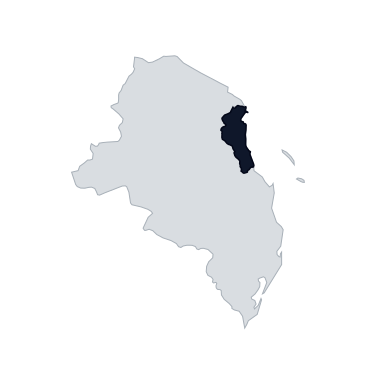 where Atlántida sits in Honduras, rotated 75°
{"feature_id": "HND-637", "entity_name": "Atlántida", "entity_type": "Department", "adm_level": 1, "iso_a3": "HND", "parent_name": "Honduras", "parent_adm1": "", "projection": "equal_earth", "projection_center": [-87.125, 15.681], "detail": "fine", "context": "in_parent", "style": "filled", "palette": "ink", "viewbox_px": 384, "rotation_deg": 75, "n_neighbors": 0, "source": "natural_earth", "source_scale": "10m", "svg_char_len": 4610}
<svg xmlns="http://www.w3.org/2000/svg" viewBox="0 0 384 384"><g transform="rotate(75 192 192)"><path d="M337.1,176.3L325.1,175.3L319.4,177.3L316.9,181.6L314.8,183.6L313.0,183.1L309.4,184.9L304.0,188.7L299.1,190.2L294.7,189.3L293.5,190.2L293.1,191.5L292.5,192.7L290.8,193.4L288.8,193.1L286.6,191.7L285.5,192.3L285.4,194.8L284.2,195.5L281.9,194.3L279.4,195.2L276.6,198.2L272.7,198.9L267.6,197.1L263.7,193.9L260.9,189.0L257.5,187.8L251.7,191.4L249.3,195.6L248.8,198.2L249.4,200.5L248.3,202.1L245.6,202.8L243.5,205.7L242.1,210.6L241.9,214.5L242.7,217.1L241.4,219.1L237.8,220.4L233.6,224.7L228.8,231.9L224.0,237.0L219.2,239.9L216.9,243.1L217.1,246.6L216.8,247.7L215.9,248.1L214.3,248.6L205.1,240.9L202.4,235.6L200.2,236.4L197.3,239.1L193.2,245.1L188.8,253.3L186.7,254.2L175.8,253.0L170.0,253.7L168.8,254.8L168.2,257.8L168.6,261.8L170.2,276.2L171.1,282.1L170.2,283.9L167.2,284.2L163.4,285.0L161.3,287.8L160.8,290.5L160.6,294.5L159.4,298.5L157.1,301.4L154.7,302.4L141.7,303.2L141.9,296.5L138.1,293.8L136.0,288.3L134.1,284.5L134.7,282.3L134.5,279.6L129.2,277.5L124.3,279.1L121.4,278.1L119.3,276.7L122.9,273.4L123.2,271.4L122.0,269.9L120.8,269.0L121.2,265.2L121.9,260.9L124.0,250.6L123.2,248.8L119.9,245.7L115.7,245.4L111.0,246.4L108.8,244.8L106.9,241.3L103.5,239.6L97.7,242.4L91.5,246.6L89.6,248.2L88.0,248.0L87.3,244.8L87.0,241.0L86.6,240.1L83.3,238.8L79.4,237.8L77.5,236.8L75.6,234.2L71.0,230.9L70.0,228.5L63.8,222.9L62.6,220.1L61.2,218.0L58.2,215.5L55.9,216.1L48.1,212.9L46.9,212.6L48.0,209.8L50.4,205.4L55.8,200.6L56.3,196.6L54.9,189.1L53.5,184.2L54.3,182.1L56.0,173.3L57.3,171.3L65.1,166.9L65.8,166.2L72.0,160.0L78.8,153.2L85.8,145.6L93.7,137.1L98.1,132.2L100.1,130.0L104.7,131.8L108.2,127.8L110.3,126.4L115.1,121.6L116.6,120.6L124.7,118.6L128.6,118.7L132.0,123.5L134.7,126.2L139.8,123.9L144.1,123.4L161.8,127.9L168.8,125.9L181.7,125.5L187.5,126.6L195.7,120.2L200.9,118.9L207.1,115.9L206.3,112.9L204.8,111.5L214.2,112.8L228.2,119.3L243.1,118.2L248.5,114.7L252.0,113.7L267.3,120.3L271.3,125.4L274.5,126.0L276.9,124.8L277.6,123.7L274.6,122.6L273.2,121.0L285.3,124.2L308.1,148.4L308.6,150.3L298.8,143.2L293.7,143.7L292.4,144.9L292.7,148.8L293.2,150.6L295.4,150.8L297.0,149.8L301.0,151.1L303.7,153.7L306.9,157.6L308.9,162.0L310.9,162.0L313.0,159.4L316.8,159.1L319.3,162.0L321.1,161.9L318.6,157.3L312.7,152.9L314.1,152.7L327.1,160.7L330.9,170.9L333.9,173.2L337.1,176.3ZM184.5,89.3L177.0,94.2L174.7,94.1L178.1,90.3L183.6,87.1L188.3,85.5L192.1,86.2L184.5,89.3ZM210.1,84.1L206.5,87.7L205.9,86.1L207.6,82.7L209.7,80.8L211.8,81.0L211.3,82.5L210.1,84.1Z" fill="#d9dde1" stroke="#a8b0b8" stroke-width="1"/><path d="M123.5,118.0L123.8,117.9L124.6,118.0L125.4,118.4L127.5,120.0L128.2,120.1L128.2,119.7L127.8,119.1L128.3,118.4L129.9,117.1L129.0,118.7L128.7,119.6L129.1,120.1L129.3,120.5L133.7,125.7L135.1,126.4L136.6,126.1L136.8,125.7L137.3,124.7L137.5,124.4L138.0,124.3L139.2,124.4L139.5,124.2L139.7,123.1L140.4,122.5L141.4,122.4L146.2,123.9L150.4,125.8L154.7,126.4L159.7,127.9L161.3,128.1L163.1,127.8L166.0,126.7L166.8,126.5L166.9,126.3L167.7,125.6L167.9,125.4L168.2,125.2L168.7,125.4L169.3,125.8L169.5,126.1L171.5,126.3L180.6,125.3L182.2,125.3L183.6,126.1L183.7,126.7L183.4,126.7L183.3,126.9L183.3,127.1L183.4,127.4L183.4,127.8L183.5,128.7L183.7,129.2L184.0,129.7L184.6,130.4L185.1,131.0L185.6,132.5L185.7,132.8L186.2,133.0L186.4,133.2L186.6,133.2L186.9,133.2L187.1,133.4L187.2,133.6L187.3,135.1L187.3,136.5L187.1,137.3L186.6,137.8L185.5,138.4L184.5,139.2L183.5,138.6L182.2,138.3L181.0,138.5L180.7,138.6L180.4,138.8L180.0,138.9L179.6,138.8L179.1,138.6L178.6,138.5L176.9,138.6L175.2,138.0L174.4,137.8L173.9,138.0L172.9,138.4L171.9,139.0L170.0,140.4L168.8,140.9L167.8,141.2L166.3,141.2L165.6,141.3L164.8,141.1L164.2,140.1L160.9,141.2L158.8,141.2L157.9,141.3L156.1,143.3L155.4,144.5L154.9,144.9L154.1,145.6L151.1,147.0L149.6,148.3L149.2,148.8L148.9,149.0L147.0,149.0L143.7,148.0L143.2,148.0L142.8,147.9L142.3,147.5L141.8,147.2L141.5,147.1L141.1,147.3L140.9,147.5L140.6,147.6L140.4,147.8L140.1,148.0L139.9,148.1L139.6,148.0L139.4,147.9L138.7,147.5L138.3,147.2L138.0,146.9L137.7,146.3L137.3,145.6L137.1,144.1L137.1,143.2L137.0,142.6L136.2,141.9L135.8,141.9L135.5,142.0L133.7,143.3L133.0,143.2L131.1,143.9L129.0,144.1L128.2,143.7L126.4,141.0L126.2,140.7L126.1,140.3L125.9,138.4L125.8,137.5L125.4,135.3L124.9,134.1L124.1,133.6L120.7,130.5L121.4,130.3L121.8,130.0L122.1,129.3L122.1,128.6L121.9,128.1L121.6,127.7L121.3,127.9L121.1,127.0L120.4,126.0L120.4,125.3L120.6,124.8L121.3,123.8L121.7,123.1L122.1,121.6L122.4,121.0L122.9,120.4L123.4,120.1L123.6,119.5L123.5,118.0Z" fill="#0f172a" stroke="#020617" stroke-width="1.5"/></g></svg>